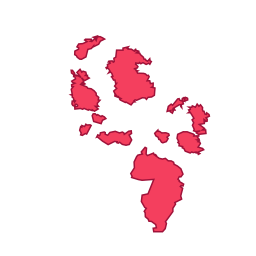 the district of Finnøy nor, Rogaland, Norway, rotated 126°
{"feature_id": "86288312B27050334738576", "entity_name": "Finnøy nor", "entity_type": "district", "adm_level": 2, "iso_a3": "NOR", "parent_name": "Norway", "parent_adm1": "Rogaland", "projection": "orthographic", "projection_center": [5.856, 59.199], "detail": "fine", "context": "isolated", "style": "filled", "palette": "rose", "viewbox_px": 256, "rotation_deg": 126, "n_neighbors": 0, "source": "geoboundaries", "source_scale": "gbopen_adm2", "svg_char_len": 5784}
<svg xmlns="http://www.w3.org/2000/svg" viewBox="0 0 256 256"><g transform="rotate(126 128 128)"><path d="M196.8,46.2L191.6,39.1L187.6,38.7L182.6,40.8L181.8,42.6L169.2,42.6L166.6,44.5L161.6,44.8L160.8,46.3L154.0,42.8L152.0,45.4L144.7,48.3L144.6,51.3L143.2,51.2L142.6,49.4L140.7,50.0L141.1,55.1L140.3,55.5L140.1,57.5L137.1,57.9L136.5,56.5L133.0,56.4L129.9,61.3L129.7,65.7L130.2,69.0L130.7,68.8L128.9,71.0L129.2,73.6L130.9,76.2L130.6,79.9L132.9,81.9L134.2,85.0L134.2,89.4L133.5,89.1L133.4,90.3L134.2,91.2L133.3,92.6L138.9,96.1L138.4,98.1L133.4,101.2L133.6,102.8L139.6,103.2L140.6,101.1L144.2,104.1L146.1,104.2L151.9,103.1L156.5,99.4L163.2,99.0L164.7,96.3L165.9,96.0L163.6,89.3L162.0,85.9L154.4,76.9L169.5,73.1L174.0,77.1L179.6,74.0L182.4,67.8L182.2,66.0L185.9,65.9L186.4,64.4L189.6,61.8L189.9,58.1L191.1,56.3L189.8,54.1L189.8,48.8L192.0,46.4L194.3,48.7L196.8,46.2ZM86.0,125.9L79.8,129.7L81.1,132.8L79.7,132.1L76.9,134.0L78.9,136.0L77.0,138.2L78.6,140.3L74.1,141.0L73.4,142.6L74.4,143.5L74.0,145.6L74.6,147.4L78.0,152.5L77.1,154.1L76.0,153.6L76.8,155.3L75.5,156.4L76.8,158.1L74.0,155.8L72.5,156.0L71.8,158.5L72.1,159.2L70.8,159.9L69.5,157.2L68.3,157.2L68.5,155.4L66.3,154.3L65.9,150.7L63.4,149.3L63.6,147.8L60.5,148.2L60.7,149.6L59.2,151.1L62.4,151.4L62.7,153.2L62.1,154.3L62.9,155.6L61.7,157.1L61.3,161.2L60.6,162.4L62.3,165.5L61.0,165.1L60.6,163.5L59.5,164.4L60.5,167.1L59.8,168.1L60.4,168.4L61.3,167.6L62.0,167.8L62.3,171.7L64.1,174.2L63.5,174.4L63.9,175.6L62.2,175.5L66.3,179.0L68.0,177.8L71.7,183.0L77.9,179.5L79.9,180.4L82.4,178.2L83.4,178.6L83.0,180.2L85.2,182.8L86.2,182.7L85.5,181.5L86.0,180.5L88.7,182.0L90.4,180.4L92.0,181.3L92.6,180.2L91.6,179.7L91.6,178.3L92.5,176.2L94.8,176.1L93.0,175.1L93.3,173.3L95.0,170.7L96.6,172.0L96.2,171.1L97.7,167.9L96.9,166.7L99.2,164.2L98.6,163.5L102.0,163.5L102.6,160.4L106.5,161.3L108.1,158.5L109.9,157.4L109.6,156.3L109.3,157.5L108.2,157.6L108.9,155.7L108.2,154.3L108.8,154.1L108.3,151.1L109.5,151.8L109.9,150.8L108.9,145.1L108.2,144.9L107.5,139.1L103.8,138.9L102.7,137.7L102.4,139.1L101.0,138.8L100.6,137.4L95.0,134.1L93.6,131.7L94.0,129.9L91.4,129.8L89.0,127.1L86.0,125.9ZM134.1,165.0L130.1,163.3L129.6,167.1L127.8,164.6L127.3,166.4L125.9,167.4L122.0,167.0L122.8,168.6L120.4,169.7L120.2,172.9L118.5,174.3L117.8,177.4L117.9,180.9L119.5,183.8L119.0,185.5L120.6,191.9L118.7,191.7L119.2,189.6L117.6,188.7L117.4,190.8L118.4,191.4L116.1,191.4L114.7,195.2L115.3,191.0L110.4,188.7L110.4,191.1L109.3,191.7L110.5,193.3L109.2,193.1L107.6,195.0L108.5,197.8L110.0,198.2L108.7,201.3L113.1,202.0L114.7,195.8L115.4,200.3L116.4,199.8L115.8,200.6L116.3,202.9L115.1,203.3L114.0,206.8L114.7,207.9L116.7,206.0L116.8,201.2L117.5,202.6L117.0,202.9L117.7,202.7L118.4,202.2L117.8,201.2L119.1,199.3L123.2,201.1L123.7,199.8L123.0,197.3L126.1,199.1L127.5,197.9L126.7,196.6L130.0,196.7L133.5,192.9L134.7,193.8L134.3,192.2L135.8,191.3L135.8,189.8L137.1,188.5L137.0,186.4L138.5,186.5L137.9,187.7L139.0,189.0L141.5,187.5L142.2,185.9L141.7,183.5L139.8,184.7L139.0,183.6L139.2,182.1L140.3,181.6L142.1,183.6L143.9,182.1L140.2,178.0L139.5,175.7L138.0,175.1L136.9,170.6L136.0,170.5L135.0,167.3L134.3,167.6L134.1,165.0ZM106.7,57.4L101.1,54.0L100.7,55.6L102.3,60.1L98.0,60.3L97.2,61.7L97.9,63.3L96.5,63.0L97.0,65.1L95.0,63.2L95.8,64.8L95.1,64.8L94.3,67.1L92.3,65.6L95.8,70.1L94.6,70.4L94.5,71.6L96.3,77.9L98.6,81.1L103.9,84.1L107.5,82.3L109.0,79.2L110.4,79.2L110.6,77.3L112.4,76.3L110.9,72.9L112.1,72.5L111.8,70.6L113.1,68.1L111.7,63.0L109.9,62.3L109.6,60.8L107.4,58.7L107.6,57.7L108.6,58.8L107.1,56.9L108.0,55.6L106.5,54.9L106.7,57.4ZM91.7,67.2L86.6,61.7L83.9,64.1L85.8,66.6L83.4,65.9L83.2,72.4L79.5,68.9L76.4,71.5L76.3,69.8L77.1,69.0L76.0,68.0L74.3,69.1L73.9,70.9L70.6,69.1L69.5,70.4L69.5,73.2L71.0,72.6L71.5,73.8L69.8,76.3L70.3,77.0L69.3,78.7L67.6,79.7L66.6,83.0L68.7,83.4L68.0,86.1L71.5,85.7L72.3,89.0L73.7,88.6L75.3,90.9L75.2,89.6L76.4,88.5L77.7,89.6L78.6,87.7L80.2,88.2L78.9,86.5L81.4,80.4L83.7,81.0L85.2,77.9L87.9,77.5L90.2,73.6L91.7,73.3L90.9,71.0L87.9,67.9L91.3,70.2L91.8,70.0L91.7,67.2ZM140.6,117.3L135.5,118.0L133.0,123.0L130.4,121.9L128.4,123.7L130.1,125.5L135.3,127.3L134.4,128.4L134.6,130.2L137.0,132.0L138.2,136.4L142.2,140.0L145.8,140.2L146.4,142.8L145.1,143.7L145.2,144.9L148.1,147.5L150.0,146.6L151.0,146.7L151.3,148.4L153.7,148.0L153.2,147.7L153.6,140.8L153.1,134.3L146.8,131.0L145.5,128.7L146.4,128.4L146.0,127.0L144.4,126.3L144.6,123.0L143.1,119.5L140.6,117.3ZM74.0,201.4L69.8,199.2L70.0,201.7L70.5,204.3L71.9,205.9L71.3,206.6L75.0,209.4L74.7,207.5L72.8,206.3L75.9,205.2L74.9,207.3L79.3,208.1L79.9,209.4L78.4,208.8L77.7,209.8L81.2,214.6L82.3,214.8L82.2,211.9L86.3,214.2L89.0,217.3L92.4,217.0L92.1,215.1L93.3,214.3L97.0,216.2L100.0,214.2L99.8,212.3L100.6,210.7L100.7,207.6L99.7,206.0L95.2,203.8L88.0,206.7L85.3,204.4L82.2,204.1L82.8,203.8L77.5,201.0L74.0,201.4ZM70.2,96.2L69.0,97.2L69.0,98.4L70.2,99.4L69.7,99.8L70.7,100.5L70.4,99.5L72.1,98.4L70.9,100.8L72.6,101.3L72.9,101.2L73.8,99.7L74.2,99.5L75.1,102.4L74.2,103.9L75.3,104.9L83.4,105.3L83.3,107.1L86.8,108.1L91.6,106.1L88.7,103.7L90.0,103.4L89.9,100.8L86.5,101.6L85.9,100.6L85.3,101.7L86.8,102.5L85.6,103.0L78.9,100.1L78.3,98.9L79.6,98.0L79.9,96.6L77.8,98.8L75.5,97.0L75.9,97.9L74.4,98.9L70.2,96.2ZM116.5,89.0L113.0,89.3L112.5,91.1L109.7,90.4L108.8,91.7L109.6,94.5L112.2,97.9L112.2,100.5L113.0,101.7L112.1,102.6L116.6,103.3L118.0,100.9L117.8,98.1L119.1,96.4L118.6,95.5L119.8,92.5L119.5,91.1L116.5,89.0ZM136.8,153.2L133.4,151.4L132.9,153.6L133.3,156.2L134.6,156.5L135.0,160.4L136.0,160.7L135.8,163.0L137.0,164.5L139.1,164.2L142.9,159.6L140.3,152.3L136.8,153.2ZM157.2,157.9L147.6,159.3L147.7,160.5L149.8,163.1L149.7,164.3L152.3,164.0L153.1,166.8L154.5,165.9L154.7,167.1L158.2,165.8L159.6,162.9L161.4,162.3L160.8,160.6L157.6,159.3L157.2,157.9Z" fill="#f43f5e" stroke="#9f1239" stroke-width="1.5"/></g></svg>